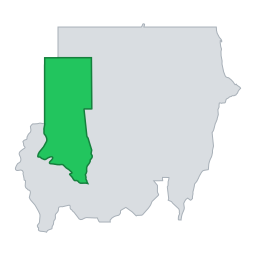 North Darfur on a map of Sudan (Robinson projection)
{"feature_id": "SDN-881", "entity_name": "North Darfur", "entity_type": "State", "adm_level": 1, "iso_a3": "SDN", "parent_name": "Sudan", "parent_adm1": "", "projection": "robinson", "projection_center": [25.452, 15.918], "detail": "fine", "context": "in_parent", "style": "filled", "palette": "green", "viewbox_px": 256, "rotation_deg": 0, "n_neighbors": 0, "source": "natural_earth", "source_scale": "10m", "svg_char_len": 5588}
<svg xmlns="http://www.w3.org/2000/svg" viewBox="0 0 256 256"><path d="M181.1,220.0L178.6,219.9L178.3,219.3L178.4,217.4L178.6,216.0L179.6,213.8L179.3,212.6L179.4,210.8L178.8,208.9L172.7,203.2L171.5,201.6L168.2,200.2L168.7,198.6L167.3,186.9L168.0,185.6L168.1,183.6L168.1,181.8L168.9,178.8L168.9,177.5L162.5,177.4L162.4,178.7L162.7,180.2L162.7,180.7L153.7,180.8L157.4,185.3L157.5,187.3L157.4,189.8L157.4,191.4L157.6,192.5L158.6,194.5L158.5,194.9L158.3,195.4L152.0,201.5L150.9,204.3L150.1,205.8L148.3,208.3L142.5,214.8L141.5,215.2L137.1,215.4L136.7,215.6L136.3,215.9L136.1,215.8L132.3,212.0L125.9,207.4L121.7,209.8L120.5,210.7L120.5,212.9L119.9,214.0L118.8,215.2L115.6,216.0L114.0,216.7L112.1,217.9L110.2,220.0L110.1,221.1L110.3,222.0L99.5,222.0L98.8,221.2L97.2,217.8L96.1,218.0L86.3,217.6L84.9,218.0L82.1,219.4L80.7,219.6L79.2,219.0L74.0,212.2L72.9,211.4L71.7,209.8L70.6,209.1L70.3,208.5L70.1,207.8L70.2,206.3L69.8,205.4L69.0,205.2L62.1,206.8L61.1,206.6L59.6,206.9L59.1,207.1L58.5,208.0L58.4,209.9L58.2,210.8L57.7,211.8L55.7,214.1L55.3,215.1L55.4,217.7L55.2,218.9L54.9,219.5L54.1,220.5L53.8,221.1L53.4,224.3L52.3,226.3L52.1,227.0L52.0,228.4L51.8,228.8L48.7,229.9L47.5,230.6L46.8,231.7L46.6,232.2L45.3,231.8L43.6,231.5L40.3,231.2L39.0,230.7L38.4,229.9L38.6,227.9L38.2,227.5L37.7,227.2L37.4,226.3L37.4,225.3L39.2,223.0L39.5,221.8L40.0,216.1L39.9,214.4L38.5,211.2L35.4,205.7L34.6,204.6L30.7,200.1L30.2,199.4L29.3,197.5L30.3,193.3L30.4,192.2L30.1,191.0L29.1,190.1L28.2,190.0L27.1,188.8L26.3,188.3L25.6,187.3L25.2,186.0L25.5,181.0L25.3,180.4L24.3,180.2L24.1,179.8L24.1,178.9L23.6,176.1L23.0,173.7L23.3,172.5L22.5,170.7L20.9,170.0L17.7,170.5L16.7,170.4L16.1,170.1L15.6,169.5L15.4,168.7L15.6,167.6L16.5,165.5L17.6,163.7L19.9,162.2L20.5,161.3L20.8,160.4L20.9,159.3L20.7,158.2L20.5,157.2L19.8,155.8L19.2,154.2L19.2,153.2L19.5,152.4L20.1,151.5L22.4,149.6L24.7,148.1L25.0,147.6L24.9,147.0L23.8,145.7L23.5,143.3L22.9,141.6L24.1,140.3L25.0,139.9L26.3,139.5L26.9,139.0L27.0,137.9L27.0,137.0L27.5,136.2L28.1,134.7L28.6,134.0L30.4,132.2L30.8,131.0L30.9,129.9L30.4,126.5L31.5,125.0L32.7,123.9L34.6,123.9L37.5,123.7L39.5,123.2L40.9,123.2L44.1,123.9L44.4,123.6L44.6,122.7L44.7,57.8L57.8,57.8L58.0,57.7L58.0,27.0L140.9,27.0L141.6,26.9L142.9,24.0L143.4,23.8L144.3,24.0L144.6,24.6L143.9,27.0L216.3,27.0L216.5,30.5L217.2,33.3L219.3,37.3L221.1,39.4L221.7,40.6L221.8,41.2L221.7,41.7L221.2,41.1L220.3,40.7L220.2,42.6L220.7,46.4L221.5,49.1L221.0,51.6L221.1,55.8L222.1,60.9L222.0,64.1L223.6,71.7L225.2,75.9L226.0,76.9L226.9,77.4L228.7,77.8L231.3,79.9L233.4,82.2L234.1,83.4L235.1,84.7L235.8,84.4L236.2,84.1L236.9,85.1L240.1,87.4L240.6,88.4L239.5,89.4L238.2,91.2L237.6,92.8L237.2,93.4L236.2,94.4L236.0,94.9L235.5,95.2L235.0,95.2L233.9,95.8L232.9,95.6L231.9,95.9L231.6,96.3L230.8,96.6L229.7,96.8L228.0,98.2L226.6,98.9L226.1,99.5L225.4,102.2L224.8,102.9L222.6,103.0L221.6,103.3L220.1,102.9L219.4,103.0L219.2,103.6L219.0,105.9L219.1,107.0L217.9,109.7L218.3,114.7L217.2,118.5L217.1,119.4L215.9,122.4L215.3,123.5L213.9,129.1L213.3,130.8L212.1,132.6L213.5,146.1L212.5,150.3L212.5,152.5L211.8,155.8L211.2,157.4L210.3,159.2L209.5,161.3L208.8,164.0L208.4,169.2L208.1,169.7L204.3,170.3L203.1,170.7L202.3,171.3L201.3,172.6L199.3,176.2L198.3,178.5L196.7,181.5L194.8,183.7L194.5,184.7L194.2,186.7L193.5,189.8L192.9,192.0L193.0,193.8L192.4,196.9L192.5,198.4L191.9,199.2L191.0,200.0L190.4,200.2L187.7,198.1L185.8,199.5L184.6,201.5L183.7,203.5L184.3,207.8L184.2,208.7L184.0,209.7L182.2,213.9L181.7,215.8L181.1,219.2L181.1,220.0Z" fill="#d9dde1" stroke="#a8b0b8" stroke-width="1"/><path d="M56.5,57.8L57.8,57.8L58.0,57.8L58.0,57.7L58.3,57.7L91.4,57.7L91.8,108.8L91.4,108.9L84.3,108.9L84.1,109.1L84.0,109.3L86.9,136.6L87.0,136.8L87.6,137.3L88.2,138.6L89.7,143.7L91.7,150.1L91.1,153.6L91.1,153.8L91.2,154.0L92.1,155.5L92.2,156.1L92.2,156.7L92.0,157.4L92.0,157.6L91.8,157.9L90.5,159.7L90.3,159.9L90.2,160.0L90.2,160.3L90.1,161.4L90.1,161.6L89.7,162.3L89.5,162.8L89.2,163.3L87.1,166.2L86.8,167.1L86.7,167.4L86.6,169.5L86.7,171.3L86.7,171.5L86.6,171.9L86.2,173.1L85.5,174.4L85.4,174.6L85.4,174.8L85.5,175.1L86.0,177.3L86.0,177.6L85.9,178.2L85.9,179.0L86.0,179.3L86.6,180.5L86.8,180.8L86.9,181.3L86.9,181.7L87.8,183.5L85.9,183.1L80.6,183.2L80.1,183.0L79.5,182.7L78.8,182.2L78.2,181.4L77.9,181.2L77.5,180.9L76.7,180.6L76.1,180.5L75.7,180.6L75.3,180.6L74.8,180.6L74.3,180.3L73.6,179.6L72.2,177.3L71.1,176.0L70.3,175.2L69.9,174.6L69.7,174.4L69.8,174.1L69.9,173.9L70.0,173.8L70.3,173.7L71.5,173.3L71.8,173.1L71.9,172.9L71.9,172.6L71.7,172.3L71.5,172.0L68.5,169.3L67.9,169.0L66.1,167.8L63.5,165.2L63.2,164.9L62.7,164.7L62.1,164.5L61.5,164.5L59.4,164.7L57.2,164.6L53.0,163.9L50.6,163.7L50.1,163.6L49.7,163.3L49.5,163.0L49.5,162.5L49.7,162.0L50.0,161.6L51.9,159.6L52.4,158.8L52.6,158.4L52.7,158.1L52.7,157.8L52.7,157.5L52.4,157.1L52.1,156.9L51.7,156.8L51.2,156.8L50.7,156.8L50.2,156.9L47.9,157.9L45.8,159.3L45.2,159.5L44.6,159.5L44.2,159.5L43.2,159.0L41.8,158.5L41.4,158.2L41.0,157.9L40.6,157.5L40.2,157.2L39.8,157.0L39.4,157.0L38.7,157.0L38.3,156.9L38.0,156.8L37.8,156.3L37.9,155.6L38.3,154.0L39.3,152.1L43.6,146.8L46.5,141.5L46.7,140.9L46.8,140.4L46.8,139.8L46.8,139.1L46.5,137.8L46.1,136.8L45.7,135.9L45.2,135.2L44.6,134.4L44.2,133.9L44.0,133.0L44.0,132.1L44.0,129.8L43.9,129.1L44.8,123.9L44.6,123.6L44.6,122.7L44.6,119.1L44.6,115.5L44.6,111.9L44.6,108.4L44.6,104.8L44.6,101.2L44.6,97.6L44.6,94.1L44.6,90.5L44.6,86.9L44.6,83.3L44.6,79.8L44.6,76.2L44.6,72.6L44.6,69.0L44.6,65.5L44.7,63.5L44.7,61.6L44.7,59.7L44.7,57.8L46.8,57.8L48.0,57.8L49.5,57.8L51.3,57.8L52.9,57.8L54.6,57.8L56.5,57.8Z" fill="#22c55e" stroke="#15803d" stroke-width="1.5"/></svg>